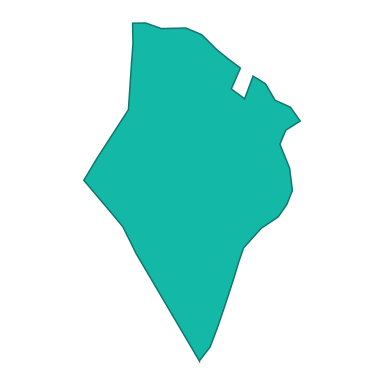 outline of Mandoul Occidental, Mandoul, Chad
{"feature_id": "50815135B23154120961269", "entity_name": "Mandoul Occidental", "entity_type": "district", "adm_level": 2, "iso_a3": "TCD", "parent_name": "Chad", "parent_adm1": "Mandoul", "projection": "natural_earth1", "projection_center": [17.307, 8.609], "detail": "fine", "context": "isolated", "style": "filled", "palette": "teal", "viewbox_px": 384, "rotation_deg": 0, "n_neighbors": 0, "source": "geoboundaries", "source_scale": "gbopen_adm2", "svg_char_len": 606}
<svg xmlns="http://www.w3.org/2000/svg" viewBox="0 0 384 384"><path d="M83.8,180.3L112.2,213.9L122.8,226.7L129.4,239.9L136.2,253.7L199.4,361.0L199.4,360.9L210.1,347.0L217.1,328.5L224.4,307.2L233.2,280.3L238.7,262.1L243.6,247.9L261.2,228.3L278.2,216.9L286.9,204.3L292.4,190.5L289.6,168.1L279.9,144.2L285.8,130.2L300.2,121.0L290.4,107.2L275.1,100.3L265.4,83.7L253.1,76.1L244.6,98.8L231.3,88.9L240.4,68.1L228.1,58.8L216.9,49.8L201.7,34.7L185.9,28.0L161.3,28.6L145.7,23.0L132.6,23.2L132.6,24.1L133.0,43.4L131.4,64.9L128.4,109.7L97.0,158.3L83.8,180.3Z" fill="#14b8a6" stroke="#0f766e" stroke-width="1.5"/></svg>